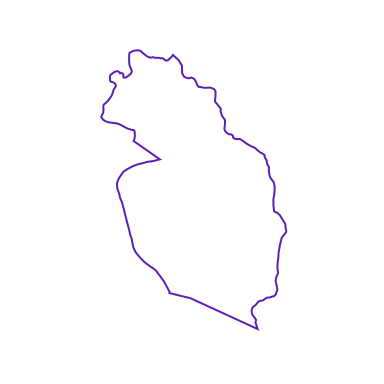 outline of Pascal, Saint Lucia, rotated 235°
{"feature_id": "8701671B58858754832343", "entity_name": "Pascal", "entity_type": "district", "adm_level": 2, "iso_a3": "LCA", "parent_name": "Saint Lucia", "parent_adm1": "", "projection": "natural_earth1", "projection_center": [-60.89, 13.902], "detail": "fine", "context": "isolated", "style": "outline", "palette": "violet", "viewbox_px": 384, "rotation_deg": 235, "n_neighbors": 0, "source": "geoboundaries", "source_scale": "gbopen_adm2", "svg_char_len": 4192}
<svg xmlns="http://www.w3.org/2000/svg" viewBox="0 0 384 384"><g transform="rotate(235 192 192)"><path d="M122.2,115.5L121.7,115.9L105.9,129.8L42.2,167.1L42.8,167.2L44.0,167.7L45.5,168.2L47.9,168.9L48.6,169.0L50.4,171.1L52.4,171.2L57.2,171.1L59.9,172.4L60.2,172.5L61.6,173.8L62.5,174.9L62.9,177.1L63.0,179.6L63.9,182.6L64.0,183.2L64.2,183.9L63.8,185.0L63.4,186.1L62.5,188.0L62.6,190.1L62.6,190.7L62.6,191.3L62.5,192.6L62.0,193.5L61.0,195.2L60.8,196.2L60.3,198.0L59.6,199.2L60.0,201.8L60.6,202.4L62.2,204.8L62.5,205.4L63.6,206.3L68.8,208.5L71.1,209.4L72.6,210.8L74.8,213.5L74.9,213.8L75.8,215.4L76.8,216.5L78.3,217.2L80.3,218.1L83.3,220.2L85.7,222.3L85.9,222.5L89.2,225.5L92.0,227.6L92.5,228.0L96.7,232.2L97.6,233.0L98.9,234.5L99.8,235.5L100.0,235.8L101.5,237.6L102.9,238.9L103.3,240.0L103.5,240.5L104.4,243.6L104.5,244.0L105.1,246.0L106.0,246.9L109.7,248.5L111.3,249.5L111.9,249.9L112.3,250.1L119.1,250.5L122.6,250.7L125.7,250.0L126.6,249.7L127.2,249.2L128.7,248.4L128.9,248.4L129.4,248.3L130.1,248.8L130.9,249.2L132.8,250.2L133.2,250.4L134.6,251.2L135.6,251.9L136.2,252.4L137.4,253.1L138.0,253.5L139.8,254.9L142.4,257.6L143.1,258.2L145.5,260.3L147.9,262.0L149.8,263.3L151.2,263.7L151.6,263.8L153.3,264.6L158.0,264.3L161.0,265.0L163.5,266.2L166.1,267.7L168.1,269.2L169.9,269.6L171.2,269.5L172.5,269.9L174.7,271.2L177.7,271.4L179.3,271.8L180.7,272.6L183.7,271.5L185.2,270.6L189.6,269.3L191.0,269.2L191.8,269.1L193.4,268.1L195.2,266.9L200.2,264.5L202.1,263.8L203.6,263.4L206.4,262.3L207.7,261.8L209.6,259.2L210.7,257.8L211.8,257.4L213.0,256.9L213.7,257.3L214.9,257.8L215.6,257.6L216.3,257.3L217.0,256.9L217.9,255.6L218.5,255.3L220.6,254.3L223.4,254.1L224.1,254.4L225.5,255.0L228.5,257.8L232.1,260.3L237.5,260.3L240.8,261.4L241.3,261.6L241.8,261.9L243.8,263.4L250.6,262.9L253.0,262.7L256.8,266.0L259.8,268.2L260.4,268.7L261.9,269.1L263.4,269.1L265.5,268.0L267.2,266.7L268.4,264.8L270.2,262.0L272.3,259.9L274.6,257.6L276.5,257.6L280.2,258.5L283.3,258.7L286.1,257.2L286.8,255.1L287.0,254.5L287.5,254.1L289.3,252.5L290.9,251.8L291.2,251.6L295.0,252.1L299.9,255.3L301.4,256.3L305.7,256.5L307.6,256.7L311.3,255.9L315.2,255.0L315.1,254.8L314.3,252.3L314.1,250.3L313.8,247.8L314.2,246.6L314.3,246.2L315.8,245.5L317.6,245.0L318.7,244.2L320.0,242.6L321.7,240.8L322.9,238.9L324.8,237.4L326.0,234.8L327.2,234.1L328.6,233.2L329.3,232.8L331.8,232.1L334.1,231.4L336.5,231.0L338.6,229.7L340.1,227.4L340.3,226.8L341.2,225.0L341.8,220.6L340.7,219.5L339.7,218.7L337.9,217.4L335.5,215.7L333.6,214.6L332.8,214.1L330.7,213.3L329.6,213.0L327.1,212.6L325.0,211.6L324.0,209.9L323.8,207.6L323.7,206.4L323.7,203.9L323.8,203.3L325.0,201.6L325.8,201.7L326.2,202.1L327.7,203.2L329.0,203.2L330.2,202.0L330.4,201.1L331.5,201.4L333.7,200.3L334.6,198.3L334.8,196.2L334.7,193.6L334.7,192.7L334.2,191.6L331.8,189.8L329.9,188.7L329.5,188.7L328.9,188.8L327.2,190.2L325.5,191.1L323.3,191.0L322.1,189.9L321.7,188.9L321.5,188.3L321.1,187.1L320.0,185.6L318.1,183.1L317.2,181.7L316.4,179.8L315.6,177.7L315.0,175.7L314.6,174.2L314.2,170.0L313.9,169.4L313.4,168.9L312.7,168.3L311.4,167.5L310.8,167.1L310.0,166.5L307.9,164.8L306.0,161.3L305.8,161.0L305.4,160.6L304.5,160.5L303.2,160.7L302.0,160.7L301.4,161.0L299.8,161.6L297.4,163.3L295.2,165.5L293.2,167.7L291.9,169.2L290.4,170.5L289.2,171.3L288.1,172.0L285.6,173.2L283.1,174.5L281.5,175.3L280.4,176.0L278.5,177.5L277.4,178.3L276.3,179.6L275.5,180.0L274.1,179.5L272.7,178.6L271.0,177.6L270.4,177.1L269.0,175.8L268.3,175.1L267.5,173.6L267.3,173.4L237.2,184.4L237.4,183.9L239.3,178.6L242.2,173.0L243.5,169.2L245.4,164.3L246.1,162.4L247.2,157.4L247.9,151.6L247.9,147.4L246.5,143.4L245.8,141.8L245.0,139.7L244.3,138.6L243.6,137.5L243.0,136.6L242.1,135.5L241.4,135.1L239.3,133.7L237.2,132.7L233.7,131.7L231.3,131.0L229.0,129.9L223.6,128.7L223.0,128.5L221.0,127.7L218.7,126.9L216.9,126.3L213.0,124.7L208.4,123.0L205.8,122.0L197.9,119.1L191.6,116.6L191.3,116.5L190.8,116.4L188.7,115.9L184.9,114.2L184.4,113.9L183.5,113.6L180.6,112.4L176.3,111.4L172.9,111.4L167.6,111.9L165.2,112.3L161.9,112.9L160.2,113.4L159.6,113.5L155.0,115.1L151.3,116.6L147.9,117.5L146.8,117.5L145.5,117.4L140.3,117.7L134.7,117.7L129.4,117.1L123.3,116.4L122.2,115.5Z" fill="none" stroke="#5b21b6" stroke-width="2"/></g></svg>